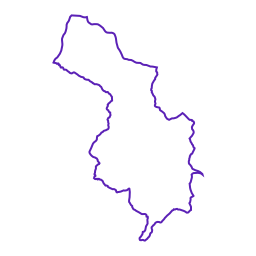 Villanueva, Santander, Colombia (Albers equal-area conic projection)
{"feature_id": "7082276B83182882267594", "entity_name": "Villanueva", "entity_type": "district", "adm_level": 2, "iso_a3": "COL", "parent_name": "Colombia", "parent_adm1": "Santander", "projection": "albers", "projection_center": [-73.162, 6.684], "detail": "fine", "context": "isolated", "style": "outline", "palette": "violet", "viewbox_px": 256, "rotation_deg": 0, "n_neighbors": 0, "source": "geoboundaries", "source_scale": "gbopen_adm2", "svg_char_len": 5798}
<svg xmlns="http://www.w3.org/2000/svg" viewBox="0 0 256 256"><path d="M144.9,240.6L147.3,238.7L148.0,237.7L149.2,236.6L149.8,235.4L150.3,233.5L150.7,233.0L151.5,232.5L151.9,231.9L152.2,230.0L151.7,228.6L151.6,227.3L153.4,225.2L154.3,224.6L155.2,223.1L155.9,222.5L156.7,222.1L157.5,221.9L159.1,222.0L159.9,222.4L160.6,222.5L161.4,222.2L162.2,221.1L164.1,219.1L164.9,217.9L166.2,216.6L167.0,215.7L169.6,213.5L172.2,210.5L173.4,210.0L173.8,209.3L175.0,209.5L176.2,209.0L177.1,208.9L178.0,209.5L179.6,209.5L183.8,210.9L185.4,211.7L186.6,212.6L187.7,212.6L188.3,212.4L190.2,210.4L191.0,210.0L191.0,207.1L190.9,206.5L189.4,203.2L189.7,202.6L190.1,202.2L190.2,201.6L190.6,199.7L190.5,198.1L190.7,197.7L190.8,197.5L193.2,196.2L193.5,195.9L191.7,192.9L190.5,189.6L190.1,187.9L189.7,184.1L189.6,183.7L190.3,182.8L190.7,182.0L191.7,178.2L191.9,177.3L191.9,175.9L191.6,174.7L192.4,173.7L193.5,173.1L197.8,172.8L199.7,173.1L201.3,173.6L202.5,174.6L202.3,173.9L200.0,172.0L198.2,171.1L195.3,170.2L192.6,168.9L192.3,168.6L191.3,166.2L190.9,165.9L190.2,164.8L189.2,163.9L188.9,163.2L188.8,161.1L189.2,160.2L189.3,158.4L189.7,157.6L189.9,156.0L190.4,155.6L190.5,154.9L191.0,154.2L192.2,153.6L192.6,152.6L194.4,149.0L194.6,148.2L193.7,147.5L193.2,146.2L193.0,145.3L192.0,144.2L191.8,143.5L190.9,142.1L190.5,141.4L190.2,140.0L189.6,138.5L189.9,138.3L190.5,137.4L192.0,135.8L193.5,133.2L193.7,132.2L193.5,131.1L192.9,130.0L192.2,129.3L191.9,127.4L191.9,127.0L192.2,126.6L192.5,125.7L194.0,123.6L194.1,123.0L194.0,122.4L193.6,121.5L193.3,121.3L192.3,121.1L192.1,120.9L192.1,120.2L191.2,119.9L189.8,119.9L188.9,119.3L185.2,115.4L183.6,113.9L182.5,113.1L180.1,115.1L178.8,115.9L176.8,117.4L175.7,117.8L173.9,118.3L171.9,118.4L169.1,119.8L168.7,119.6L167.1,118.8L166.6,118.2L165.3,116.3L164.7,114.2L164.1,113.2L162.2,111.6L160.1,110.2L159.9,109.7L159.7,108.2L159.3,107.6L156.5,107.0L155.3,106.4L154.9,105.9L154.9,105.0L155.5,103.7L155.0,101.9L155.0,101.2L155.4,99.2L154.8,97.3L154.5,96.6L153.3,95.4L152.3,93.1L151.8,92.5L151.9,91.0L151.4,90.5L151.1,90.0L151.3,89.4L151.3,88.8L151.7,88.2L151.9,85.8L152.3,83.6L154.2,80.3L155.1,79.3L155.2,78.5L155.1,78.3L155.3,77.7L157.1,75.1L157.4,74.5L157.2,73.9L157.2,72.6L157.0,72.2L156.5,71.8L156.2,71.3L156.2,70.9L156.3,69.5L156.9,67.4L152.6,66.6L150.4,66.5L146.5,65.0L144.4,64.9L143.4,64.7L142.7,64.5L140.5,63.0L139.7,62.9L136.9,62.8L136.1,62.6L134.6,61.9L132.9,60.8L131.2,60.0L128.5,59.8L127.3,59.2L124.8,58.9L124.0,58.6L123.2,57.8L122.6,56.8L121.9,54.9L120.4,51.7L119.1,49.5L118.2,48.3L117.8,47.5L116.5,42.7L115.9,38.2L115.5,36.7L114.6,34.4L114.0,33.7L113.0,33.1L111.7,32.7L110.0,32.8L107.3,32.6L106.4,32.3L105.6,31.7L104.9,30.9L103.0,28.0L100.3,25.8L98.3,24.5L97.2,24.2L95.2,24.1L94.2,24.1L92.5,24.4L91.3,24.3L88.7,22.5L88.1,21.8L87.5,20.3L86.9,17.0L85.2,17.4L83.4,17.2L80.0,15.9L71.6,15.4L70.2,16.8L69.1,20.1L68.6,21.2L67.2,23.1L66.6,24.9L66.6,26.5L66.4,28.5L65.6,31.6L64.8,33.4L63.9,34.4L63.3,35.4L62.1,38.5L62.0,39.9L62.4,44.1L62.3,45.6L61.3,50.5L59.9,53.7L57.3,57.4L55.7,58.6L54.9,59.5L54.0,61.2L53.8,62.0L53.5,62.6L54.2,62.9L55.2,62.9L56.5,63.3L56.7,63.7L57.1,63.9L57.6,63.5L58.2,63.4L58.5,63.6L58.8,64.3L59.3,64.6L59.0,65.1L59.2,65.3L60.0,65.6L60.5,66.7L60.5,67.0L60.8,67.5L61.3,67.6L62.1,67.3L62.8,67.5L63.3,68.2L63.7,69.3L64.1,69.7L65.8,69.7L66.4,69.9L67.5,71.0L69.4,72.3L69.6,72.7L70.6,73.2L71.8,73.4L73.0,72.7L73.7,72.4L74.5,72.5L77.6,74.6L78.8,75.7L79.5,76.0L80.9,76.8L83.2,77.3L83.7,77.6L83.9,78.2L84.6,79.0L85.9,79.5L86.8,79.7L87.4,79.8L87.9,79.7L88.5,79.8L89.4,80.5L89.7,81.0L90.8,81.7L91.5,81.9L92.1,82.4L92.7,83.1L93.2,83.1L94.5,84.2L96.6,84.2L98.2,84.7L99.4,85.2L100.1,86.1L101.2,86.9L102.4,89.5L103.5,90.7L104.0,91.0L104.6,91.1L105.1,91.4L105.5,91.9L106.1,92.2L107.4,92.0L108.0,92.2L108.9,93.5L109.2,93.8L109.8,94.0L110.3,94.4L110.9,95.5L111.9,96.8L112.1,100.6L110.9,101.3L109.9,102.5L108.3,103.7L108.1,104.6L107.7,104.8L107.8,106.1L106.9,107.7L106.7,108.5L106.8,109.0L107.1,109.5L108.4,110.4L108.7,111.4L108.9,111.8L110.2,112.5L110.2,113.7L110.5,114.9L110.4,115.5L110.0,116.1L109.6,117.3L109.2,117.6L108.8,117.6L108.4,117.8L107.7,119.1L107.5,119.7L108.1,120.6L108.2,122.4L108.6,123.5L108.2,125.1L108.7,126.9L108.6,128.1L108.2,128.9L107.8,129.3L106.5,129.8L106.0,130.2L103.9,130.8L103.2,131.4L102.6,132.1L101.5,132.5L100.2,134.3L99.2,135.1L98.2,135.8L97.3,136.1L97.0,137.1L96.8,139.6L96.0,140.8L94.0,142.4L93.0,143.6L91.2,148.0L89.5,151.6L89.5,152.6L89.8,153.4L90.7,154.7L91.7,155.8L93.1,156.9L95.5,157.7L95.8,158.0L96.8,158.5L97.6,159.8L97.7,160.9L99.5,163.2L99.1,164.0L98.2,164.3L97.0,165.3L95.9,166.4L95.9,168.7L95.3,170.2L95.0,171.9L95.0,172.8L94.5,173.9L94.5,174.4L95.2,175.0L95.4,175.4L95.4,176.0L94.5,176.5L94.2,177.7L94.0,178.1L94.8,178.9L95.4,179.1L97.1,178.8L97.4,179.0L97.5,179.4L97.8,179.5L98.4,178.9L98.8,178.8L99.1,178.9L99.7,179.5L100.3,179.5L101.0,179.7L101.4,180.2L102.0,180.4L102.5,180.8L103.8,183.6L104.4,184.1L105.3,185.4L105.6,185.6L106.6,185.5L107.7,186.0L107.7,186.3L107.9,186.8L108.2,187.0L109.3,187.7L112.6,189.2L113.7,189.1L114.6,189.3L116.0,190.3L116.2,191.4L116.4,191.9L116.8,192.3L117.1,192.4L118.0,192.0L118.6,192.0L120.7,191.6L123.6,190.4L124.9,190.6L127.0,190.2L128.7,188.7L129.2,188.6L129.4,188.8L129.8,192.0L129.6,197.2L129.1,200.3L129.1,201.9L129.7,202.7L130.9,204.9L132.2,206.0L132.2,207.0L133.3,209.0L133.6,209.3L135.3,210.1L136.1,210.8L139.1,212.4L141.5,213.9L142.1,214.1L144.7,214.0L145.6,214.2L146.4,215.0L146.5,216.6L147.0,216.8L147.7,216.7L147.8,216.9L147.8,218.3L147.4,219.4L147.4,221.1L147.6,221.8L147.5,222.2L147.6,223.3L147.5,223.8L146.0,226.4L145.3,230.0L144.6,231.1L143.9,231.7L142.8,231.9L142.5,233.9L142.2,234.7L141.6,235.3L141.1,236.4L139.8,237.7L139.6,238.1L139.6,239.0L139.9,239.9L140.1,240.1L141.2,240.2L142.4,239.9L143.3,240.0L144.0,240.4L144.9,240.6Z" fill="none" stroke="#5b21b6" stroke-width="2"/></svg>